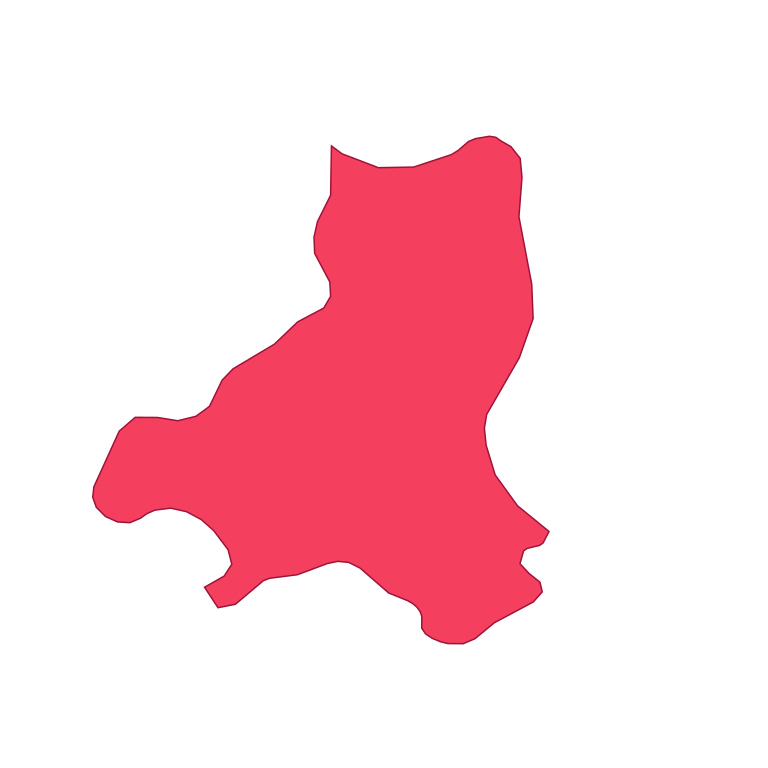 the border of Vibo Valentia, rotated 113°
{"feature_id": "ITA-5394", "entity_name": "Vibo Valentia", "entity_type": "Province", "adm_level": 1, "iso_a3": "ITA", "parent_name": "Italy", "parent_adm1": "", "projection": "orthographic", "projection_center": [16.203, 38.629], "detail": "fine", "context": "isolated", "style": "filled", "palette": "rose", "viewbox_px": 768, "rotation_deg": 113, "n_neighbors": 0, "source": "natural_earth", "source_scale": "10m", "svg_char_len": 1263}
<svg xmlns="http://www.w3.org/2000/svg" viewBox="0 0 768 768"><g transform="rotate(113 384 384)"><path d="M185.4,525.4L188.5,512.5L187.1,473.8L172.8,441.6L146.5,411.6L140.0,407.0L127.8,401.0L122.4,395.7L114.8,383.8L113.2,377.4L114.6,371.1L115.9,359.9L123.1,346.8L139.9,337.7L177.4,325.1L234.4,287.0L265.5,272.3L307.1,269.7L371.9,277.6L385.5,274.3L400.4,266.1L424.3,246.1L443.9,213.6L455.3,174.5L468.0,175.4L471.8,177.7L479.3,187.9L483.2,190.3L496.3,188.6L501.7,176.5L505.5,163.0L513.5,157.1L526.3,161.4L560.6,189.1L583.0,200.8L592.1,209.6L598.0,223.8L599.2,231.4L599.3,240.0L597.8,248.1L594.1,253.8L583.0,258.5L579.4,261.8L576.5,266.6L574.8,272.1L574.2,277.9L574.6,297.9L562.8,334.2L562.0,346.8L565.3,357.2L571.4,366.0L593.4,389.2L607.6,413.5L612.2,418.2L644.8,434.7L654.8,449.4L641.2,469.8L623.3,456.1L609.4,453.7L597.5,462.7L585.6,483.3L580.2,499.2L578.7,515.8L581.6,531.8L589.7,545.7L595.9,551.5L602.8,555.8L611.0,563.8L615.1,575.5L614.8,588.6L609.9,600.7L602.0,607.9L592.0,610.9L530.8,609.3L511.9,600.0L503.3,579.4L498.4,559.5L487.2,544.5L472.7,535.9L443.7,534.5L429.0,528.9L390.2,500.5L360.5,487.7L337.5,469.1L324.2,467.4L311.3,473.7L290.8,498.9L276.2,505.8L260.4,508.7L231.1,506.9L185.4,525.4Z" fill="#f43f5e" stroke="#9f1239" stroke-width="1.5"/></g></svg>